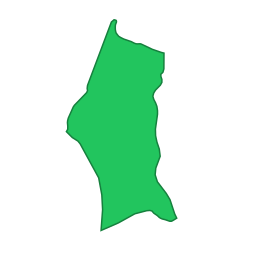 the border of Ntcheu, rotated 188°
{"feature_id": "MWI-1912", "entity_name": "Ntcheu", "entity_type": "District", "adm_level": 1, "iso_a3": "MWI", "parent_name": "Malawi", "parent_adm1": "", "projection": "orthographic", "projection_center": [34.67, -14.815], "detail": "fine", "context": "isolated", "style": "filled", "palette": "green", "viewbox_px": 256, "rotation_deg": 188, "n_neighbors": 0, "source": "natural_earth", "source_scale": "10m", "svg_char_len": 1187}
<svg xmlns="http://www.w3.org/2000/svg" viewBox="0 0 256 256"><g transform="rotate(188 128 128)"><path d="M102.8,207.2L100.7,191.5L101.2,188.0L103.0,185.7L102.5,183.4L101.2,180.8L100.8,177.9L101.9,175.0L106.0,169.4L107.4,166.3L107.8,162.9L106.4,159.8L104.2,156.7L102.4,153.4L101.2,149.3L100.7,145.8L100.7,130.7L99.6,124.2L97.4,118.1L94.1,111.5L92.2,104.5L94.9,92.2L94.6,85.4L91.4,78.8L81.0,68.5L76.4,62.8L69.8,49.4L67.2,45.5L69.6,43.5L71.8,41.8L72.7,41.6L73.8,41.5L78.5,42.4L81.5,42.7L83.2,43.2L84.6,43.8L85.8,44.7L87.2,45.6L90.5,47.2L92.8,49.2L94.9,49.4L98.0,48.7L109.3,44.0L124.3,32.7L140.4,22.8L141.8,43.6L144.6,58.1L150.1,74.6L173.2,105.7L175.8,108.1L181.8,110.8L188.5,115.8L187.5,118.4L187.9,121.4L188.7,124.8L188.8,126.8L188.5,129.5L185.1,141.3L184.2,143.1L174.0,157.1L173.5,158.5L173.3,159.5L173.9,161.3L174.0,162.8L174.0,164.6L159.2,230.6L156.9,233.2L156.0,233.2L154.7,232.9L154.3,232.2L154.2,231.2L154.7,229.0L154.8,227.9L154.6,225.8L154.2,223.5L153.2,220.7L151.6,219.0L150.0,217.5L147.6,216.5L144.6,215.5L136.8,214.0L134.0,213.0L132.4,212.6L130.9,212.5L127.6,213.1L126.7,213.0L114.9,209.3L105.6,207.5L102.8,207.2Z" fill="#22c55e" stroke="#15803d" stroke-width="1.5"/></g></svg>